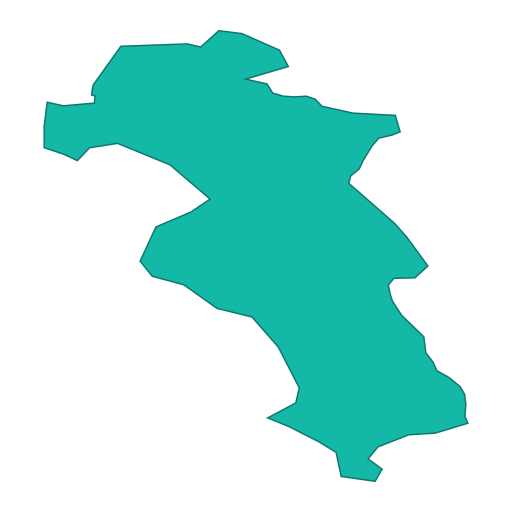 the border of Riebinu
{"feature_id": "LVA-5752", "entity_name": "Riebinu", "entity_type": "Municipality", "adm_level": 1, "iso_a3": "LVA", "parent_name": "Latvia", "parent_adm1": "", "projection": "equal_earth", "projection_center": [26.825, 56.342], "detail": "fine", "context": "isolated", "style": "filled", "palette": "teal", "viewbox_px": 512, "rotation_deg": 0, "n_neighbors": 0, "source": "natural_earth", "source_scale": "10m", "svg_char_len": 1084}
<svg xmlns="http://www.w3.org/2000/svg" viewBox="0 0 512 512"><path d="M372.2,145.7L363.2,160.4L359.2,169.0L350.7,175.9L348.8,183.3L394.6,223.4L407.0,237.4L427.9,266.0L414.9,277.8L393.8,278.3L388.3,285.2L390.2,294.2L392.4,301.0L401.5,315.2L423.8,336.8L425.8,352.7L433.2,362.4L436.9,370.7L448.8,377.4L460.0,386.5L464.6,394.4L465.8,404.5L464.9,416.4L467.8,423.2L435.3,433.1L408.7,434.8L377.9,446.9L368.1,458.9L382.1,469.2L375.1,481.3L341.2,476.5L336.1,452.3L318.5,441.6L288.8,426.5L267.7,417.9L295.8,402.9L299.3,387.9L278.3,347.1L252.0,317.0L217.0,308.4L183.8,284.8L152.3,276.3L140.1,261.2L155.9,227.0L190.9,212.0L210.1,199.1L169.9,164.8L117.6,143.4L89.6,147.7L77.4,160.6L63.4,154.1L44.2,147.7L44.2,126.3L47.2,102.2L63.2,105.8L94.4,103.1L94.9,97.2L95.2,96.1L91.6,95.0L92.2,89.9L93.3,84.8L120.9,46.3L187.3,43.9L200.7,47.0L218.8,30.7L241.9,33.6L279.5,50.2L288.3,66.5L245.6,79.1L267.1,84.0L272.7,93.1L283.4,96.2L294.3,96.9L306.3,96.2L315.2,99.2L322.0,106.3L352.7,113.1L395.3,115.4L400.1,131.8L392.8,134.8L378.7,138.2L372.2,145.7Z" fill="#14b8a6" stroke="#0f766e" stroke-width="1.5"/></svg>